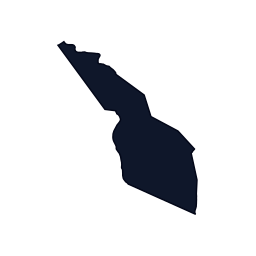 Canelles, Micoud, Saint Lucia (Albers equal-area conic projection), rotated 212°
{"feature_id": "8701671B20457253682512", "entity_name": "Canelles", "entity_type": "district", "adm_level": 2, "iso_a3": "LCA", "parent_name": "Saint Lucia", "parent_adm1": "Micoud", "projection": "albers", "projection_center": [-60.909, 13.785], "detail": "fine", "context": "isolated", "style": "filled", "palette": "ink", "viewbox_px": 256, "rotation_deg": 212, "n_neighbors": 0, "source": "geoboundaries", "source_scale": "gbopen_adm2", "svg_char_len": 4065}
<svg xmlns="http://www.w3.org/2000/svg" viewBox="0 0 256 256"><g transform="rotate(212 128 128)"><path d="M60.5,145.4L84.1,151.9L114.6,149.8L131.8,164.5L167.2,167.1L167.4,168.0L168.8,168.7L171.6,169.5L173.0,169.6L175.1,169.8L176.7,170.2L179.3,169.2L180.5,169.1L182.7,169.0L183.7,168.5L185.3,167.9L185.9,167.3L187.5,167.1L187.7,167.3L187.8,167.3L188.8,168.6L188.9,168.8L189.0,168.9L189.0,169.0L189.2,169.3L189.3,169.4L189.3,169.5L189.5,169.8L189.9,170.7L189.9,170.8L190.0,170.8L190.0,171.0L190.1,173.7L190.1,173.8L190.1,174.0L190.2,174.4L190.2,174.5L190.3,174.6L190.5,175.0L190.8,175.2L191.1,175.3L191.4,175.4L191.5,175.4L191.8,175.4L192.0,175.4L192.4,175.3L192.5,175.2L192.8,175.1L193.2,174.9L193.3,174.9L193.5,174.8L193.5,174.7L193.8,174.6L194.1,174.4L194.3,174.3L194.5,174.2L194.8,174.1L195.0,174.0L195.1,173.9L195.3,173.9L195.5,173.8L195.7,173.7L195.9,173.6L196.0,173.5L196.2,173.4L196.3,173.4L196.5,173.3L196.6,173.2L196.8,173.1L197.0,173.0L197.1,172.9L197.3,172.9L197.5,172.7L197.9,172.6L198.1,172.5L198.2,172.4L198.3,172.4L198.5,172.3L198.7,172.2L199.0,172.0L199.4,171.8L199.5,171.7L199.8,171.5L200.1,171.4L200.3,171.2L200.6,171.1L200.8,171.0L200.9,170.9L201.2,170.7L201.3,170.7L201.5,170.6L201.9,170.4L202.1,170.3L202.6,170.1L202.8,170.0L203.1,169.9L203.4,169.8L203.6,169.7L203.9,169.7L204.0,169.7L204.3,169.6L204.5,169.6L204.8,169.5L205.0,169.4L205.3,169.3L205.4,169.2L205.6,169.1L205.9,168.8L206.0,168.7L206.3,168.5L206.4,168.4L206.6,168.3L206.6,168.2L206.9,168.0L207.0,167.9L207.2,167.7L207.3,167.6L207.6,167.4L208.0,167.1L208.3,166.9L208.6,166.8L208.6,166.7L208.8,166.6L209.1,166.5L209.3,166.3L209.5,166.2L209.8,166.0L210.0,165.9L210.3,165.8L210.4,165.7L210.5,165.6L210.9,165.5L211.0,165.5L211.2,165.4L211.4,165.4L211.5,165.4L211.8,165.3L212.0,165.3L212.5,165.3L212.8,165.3L213.0,165.4L213.3,165.5L213.5,165.6L213.8,165.8L214.0,165.9L214.1,166.0L214.3,166.1L214.5,166.3L214.7,166.5L214.8,166.6L215.0,166.8L215.1,167.0L215.2,167.4L215.3,167.5L215.4,167.8L215.5,167.9L215.5,168.1L215.6,168.3L215.7,168.5L215.8,168.5L216.0,168.7L216.1,168.8L216.4,168.9L216.6,169.0L216.8,169.1L217.2,169.3L217.3,169.3L217.5,169.4L217.9,169.4L218.0,169.4L218.3,169.4L218.5,169.3L219.0,169.2L219.3,169.1L219.5,169.0L219.6,168.9L219.8,168.8L219.9,168.7L220.0,168.7L220.4,168.5L220.4,168.4L220.5,168.4L220.7,168.2L220.8,168.2L221.0,168.1L221.2,167.9L221.3,167.9L221.5,167.8L221.6,167.7L221.8,167.6L221.9,167.4L222.0,167.4L222.4,167.2L222.6,167.1L222.8,167.0L223.0,166.9L223.4,166.7L223.5,166.7L223.8,166.6L224.1,166.5L224.3,166.4L224.5,166.4L224.8,166.4L225.1,166.3L225.4,166.3L225.5,166.3L225.8,166.4L226.0,166.4L226.3,166.4L226.4,166.5L226.5,166.5L226.8,166.5L227.2,166.7L227.2,166.8L227.4,166.8L227.5,166.9L227.6,167.0L227.9,167.1L228.1,167.2L228.9,165.3L230.4,162.2L231.2,161.1L157.4,131.6L147.5,136.2L146.8,135.3L145.9,135.0L145.1,134.2L143.4,134.2L142.0,133.8L140.2,132.6L138.9,131.5L138.4,130.0L138.4,128.2L138.8,124.8L138.5,120.4L138.3,118.0L137.5,115.1L135.9,112.2L135.0,111.0L134.0,110.0L133.4,109.5L132.8,109.1L132.2,108.7L131.5,108.3L130.8,107.9L130.2,107.5L129.5,107.1L128.9,106.7L128.3,106.2L127.8,105.6L127.4,105.0L127.0,104.3L126.4,103.8L125.7,103.5L125.0,103.2L123.6,102.6L123.1,102.4L122.4,102.2L121.7,101.8L121.1,101.4L120.5,100.9L119.9,100.5L119.3,100.0L118.7,99.4L118.2,98.8L117.7,98.2L117.2,97.6L116.7,97.1L116.2,96.5L115.6,96.0L115.1,95.4L114.2,94.1L113.7,93.5L113.4,92.8L113.0,92.1L112.7,91.4L112.2,90.8L111.6,90.4L110.9,90.1L110.3,89.5L109.9,88.9L109.4,88.2L109.0,87.6L108.5,86.9L108.1,86.3L107.7,85.6L107.3,85.0L106.8,84.4L106.2,83.9L105.8,83.3L105.2,82.8L104.5,82.4L103.8,82.1L103.0,81.8L102.2,81.5L101.6,81.2L100.8,81.2L100.0,81.2L99.3,81.0L98.7,80.9L98.1,80.6L24.8,90.7L25.2,90.7L25.7,91.0L26.1,91.3L26.5,91.6L26.8,92.1L27.2,92.8L27.4,93.3L27.6,93.8L27.8,94.5L27.9,95.1L28.0,95.5L28.2,96.1L28.4,96.9L28.5,97.3L29.2,98.6L30.1,100.3L31.0,101.8L31.9,103.4L32.7,104.6L33.2,105.4L33.8,106.5L34.2,107.0L34.6,107.6L35.1,108.2L42.0,120.5L61.2,140.2L60.8,141.7L60.9,143.0L60.5,144.8L60.5,145.4Z" fill="#0f172a" stroke="#020617" stroke-width="1.5"/></g></svg>